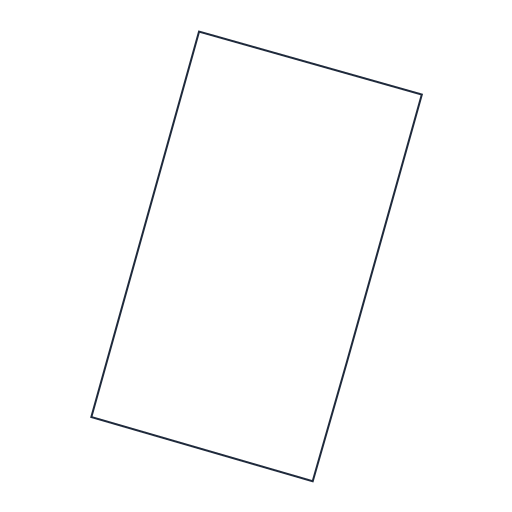 Sutton, Texas, United States of America, rotated 286°
{"feature_id": "52423323B52490011896417", "entity_name": "Sutton", "entity_type": "district", "adm_level": 2, "iso_a3": "USA", "parent_name": "United States of America", "parent_adm1": "Texas", "projection": "albers", "projection_center": [-100.636, 30.499], "detail": "fine", "context": "isolated", "style": "outline", "palette": "slate", "viewbox_px": 512, "rotation_deg": 286, "n_neighbors": 0, "source": "geoboundaries", "source_scale": "gbopen_adm2", "svg_char_len": 235}
<svg xmlns="http://www.w3.org/2000/svg" viewBox="0 0 512 512"><g transform="rotate(286 256 256)"><path d="M55.8,142.1L55.1,372.6L179.0,372.6L456.9,370.9L456.0,139.4L55.8,142.1Z" fill="none" stroke="#1e293b" stroke-width="2"/></g></svg>